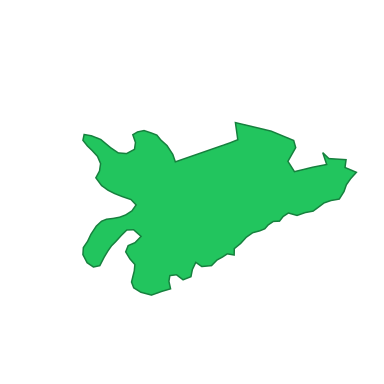 outline of Lacerdópolis, Santa Catarina, Brazil, rotated 128°
{"feature_id": "56859067B18402859490931", "entity_name": "Lacerdópolis", "entity_type": "district", "adm_level": 2, "iso_a3": "BRA", "parent_name": "Brazil", "parent_adm1": "Santa Catarina", "projection": "robinson", "projection_center": [-51.58, -27.257], "detail": "fine", "context": "isolated", "style": "filled", "palette": "green", "viewbox_px": 384, "rotation_deg": 128, "n_neighbors": 0, "source": "geoboundaries", "source_scale": "gbopen_adm2", "svg_char_len": 1525}
<svg xmlns="http://www.w3.org/2000/svg" viewBox="0 0 384 384"><g transform="rotate(128 192 192)"><path d="M287.5,245.6L295.1,243.9L302.7,243.4L308.5,239.4L312.3,231.1L311.8,223.5L306.8,219.3L297.4,221.1L290.0,222.0L284.0,222.3L278.3,221.6L269.8,221.0L262.1,220.0L257.7,214.8L258.3,204.8L267.0,205.7L273.5,209.3L280.0,207.4L282.9,199.8L284.3,192.4L289.7,188.9L294.5,186.8L300.2,184.2L303.4,178.9L302.5,170.6L298.2,160.5L288.9,154.6L281.5,149.3L276.6,155.2L271.5,158.0L266.8,153.3L266.7,145.0L259.4,140.7L252.8,144.0L245.1,145.7L244.7,138.4L238.0,131.3L230.1,130.4L224.6,128.0L219.0,126.1L215.7,120.0L210.6,123.8L202.5,122.0L194.3,121.4L186.7,119.1L180.9,114.7L176.2,112.0L171.0,111.7L165.1,109.8L161.1,105.1L155.2,105.1L149.2,103.1L145.8,94.8L138.5,90.1L132.5,84.8L127.1,83.3L119.3,81.2L113.1,77.2L106.9,71.6L98.1,72.5L91.3,74.8L83.8,75.2L75.3,74.6L78.5,86.5L71.7,90.5L81.4,104.7L80.5,113.2L87.4,102.8L98.1,112.1L112.9,123.8L108.8,135.3L93.2,137.6L88.8,143.6L95.3,167.1L110.6,200.5L122.6,188.1L130.0,192.4L178.5,223.7L174.2,230.3L170.8,240.3L170.2,248.7L168.8,254.7L170.6,260.6L173.1,267.6L178.2,271.9L183.3,273.9L187.8,267.0L193.8,263.6L202.0,267.2L206.6,274.2L207.2,283.5L206.8,296.2L209.6,305.8L213.1,312.4L218.4,309.8L220.1,302.8L220.8,296.2L222.1,288.4L225.9,281.5L232.4,277.8L240.0,276.5L242.6,267.2L242.3,259.3L240.9,252.2L238.6,244.3L235.5,235.4L236.6,228.1L243.8,227.7L250.8,230.1L256.3,233.4L261.2,237.7L266.1,242.6L270.8,245.3L277.8,246.4L287.5,245.6Z" fill="#22c55e" stroke="#15803d" stroke-width="1.5"/></g></svg>